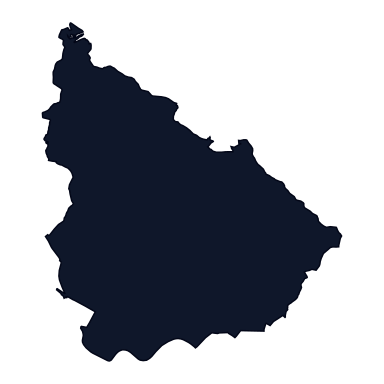 Catcau, Salaj, Romania
{"feature_id": "2599482B34343100803691", "entity_name": "Catcau", "entity_type": "district", "adm_level": 2, "iso_a3": "ROU", "parent_name": "Romania", "parent_adm1": "Salaj", "projection": "equal_earth", "projection_center": [23.786, 47.241], "detail": "fine", "context": "isolated", "style": "filled", "palette": "ink", "viewbox_px": 384, "rotation_deg": 0, "n_neighbors": 0, "source": "geoboundaries", "source_scale": "gbopen_adm2", "svg_char_len": 5719}
<svg xmlns="http://www.w3.org/2000/svg" viewBox="0 0 384 384"><path d="M195.4,347.9L197.0,346.7L205.5,337.7L211.8,332.8L217.5,333.5L219.4,332.9L227.0,332.6L227.6,332.3L228.6,333.4L232.1,335.5L234.9,337.6L236.2,336.3L240.6,330.6L264.0,331.1L264.0,329.4L264.3,328.4L265.6,324.2L266.1,323.3L270.1,325.5L273.5,321.5L282.9,315.4L285.0,317.4L285.3,317.1L285.3,315.2L286.1,311.4L287.5,309.9L287.7,309.4L287.4,308.5L287.7,307.3L287.6,305.5L289.5,303.8L290.9,303.0L292.3,301.8L295.0,299.9L296.6,298.4L297.5,297.0L297.9,295.3L298.7,294.3L299.5,291.8L300.6,289.8L301.5,287.5L300.9,285.0L301.2,283.6L303.2,281.2L304.6,278.6L306.8,277.8L307.2,277.4L307.0,276.5L304.3,272.0L306.1,271.1L309.4,270.4L311.9,269.3L316.1,270.2L319.3,265.9L319.9,264.0L320.2,261.6L321.2,258.4L323.4,253.5L330.5,247.4L332.8,246.9L336.4,247.0L338.7,246.8L338.7,245.6L340.3,238.4L341.6,236.0L340.4,234.0L339.0,232.8L338.3,231.7L337.4,230.0L336.8,228.3L336.2,227.3L330.3,226.7L326.6,227.3L325.8,227.1L323.6,226.0L321.1,224.1L318.6,221.5L318.3,220.8L318.0,218.3L317.3,217.1L317.2,216.4L316.7,215.6L312.5,213.5L310.2,211.2L304.9,208.0L304.2,207.1L303.8,205.7L303.8,203.5L303.2,202.7L300.8,201.1L297.3,200.3L295.9,199.7L294.3,196.7L289.6,193.3L287.9,190.7L285.5,188.5L284.6,187.1L284.5,185.7L283.6,183.9L281.8,182.0L279.9,181.6L275.2,179.7L274.2,178.7L271.8,177.5L269.3,175.6L266.1,174.2L265.6,173.0L264.6,171.8L263.4,169.2L259.3,165.4L258.4,164.9L257.3,163.6L255.7,161.1L254.5,158.2L253.3,156.6L252.3,154.6L252.2,153.3L252.7,150.8L252.6,148.6L251.1,146.0L248.7,143.2L246.8,140.1L245.9,139.8L243.7,139.8L240.3,140.6L238.6,140.4L238.9,143.6L241.4,143.5L234.3,147.3L231.1,146.6L231.4,147.3L231.6,148.5L232.8,150.1L233.1,151.2L233.0,151.7L225.8,151.8L221.7,152.2L216.2,152.2L213.0,151.2L212.1,150.5L211.2,149.5L210.1,149.2L207.8,146.8L208.5,146.2L211.0,143.0L213.3,141.5L213.2,141.2L212.7,140.9L210.6,140.2L210.1,139.7L209.9,139.0L210.2,137.7L209.9,136.9L208.7,138.3L208.0,138.4L207.0,139.9L203.5,139.2L201.6,138.6L199.2,137.5L196.6,135.3L193.2,133.9L189.8,130.4L186.5,127.8L182.8,125.6L180.8,124.8L179.2,123.6L177.9,121.9L175.8,121.7L174.9,121.3L173.6,119.8L173.3,119.1L173.4,116.2L174.3,113.8L174.6,112.3L176.2,110.4L176.7,109.0L177.7,108.1L177.9,107.4L177.4,105.7L176.3,105.3L176.2,104.7L176.7,103.8L176.6,103.4L173.8,102.5L168.5,98.8L165.6,97.6L161.4,96.8L152.5,96.0L151.4,95.3L148.1,91.6L141.7,90.1L140.3,89.1L140.2,88.5L139.3,87.1L138.2,84.3L135.3,81.3L134.2,79.3L131.6,77.6L128.3,77.1L124.8,75.9L122.2,73.9L117.7,71.3L114.3,68.2L112.7,67.5L110.7,66.3L110.0,66.1L108.2,66.4L105.8,67.4L104.6,67.4L103.6,67.9L102.9,68.6L102.2,68.7L99.4,68.1L96.9,67.1L94.2,66.6L93.3,66.1L90.3,61.7L89.7,60.5L89.6,59.4L90.1,58.4L90.1,57.5L88.8,55.4L87.9,54.6L87.7,53.9L87.8,53.0L90.7,49.5L91.0,48.7L91.1,45.5L91.0,44.5L90.7,43.5L90.2,43.5L89.2,43.9L88.9,42.3L87.4,40.3L86.8,39.8L86.3,40.1L85.9,40.0L85.4,38.9L84.6,38.4L84.0,38.4L81.7,39.2L75.1,42.4L74.5,42.5L74.1,42.1L74.5,41.5L75.4,41.0L75.5,40.0L75.9,39.5L77.0,39.1L77.9,38.5L79.2,37.1L81.7,36.1L83.4,34.4L83.3,34.0L82.2,34.2L79.0,35.7L75.7,37.7L74.2,38.0L72.3,37.9L70.5,38.8L69.4,38.6L67.8,36.6L67.7,35.8L68.5,36.8L69.2,37.2L70.9,36.9L71.1,36.5L70.7,35.6L70.6,34.9L71.0,34.5L71.4,34.4L73.7,35.0L72.9,35.7L72.9,36.2L74.0,36.9L74.9,37.0L75.3,36.5L75.0,35.7L76.3,34.9L77.5,33.7L78.7,33.6L83.1,31.9L82.4,30.8L81.7,30.2L78.6,28.4L71.2,23.2L70.4,23.0L69.8,24.2L69.8,25.1L70.4,27.4L71.5,29.6L69.4,30.4L68.2,28.2L67.5,27.8L63.8,29.4L61.7,29.9L59.5,34.6L59.0,36.5L59.0,37.4L60.9,38.6L62.0,39.0L63.1,39.9L63.5,40.5L63.5,41.0L63.2,42.0L63.0,44.3L63.3,45.0L64.1,45.7L64.3,46.5L64.9,47.3L63.9,49.6L63.0,53.2L62.4,58.8L61.1,60.1L57.2,62.1L55.8,64.0L55.3,65.3L54.5,69.2L53.2,72.0L53.2,74.3L53.4,77.1L53.2,82.2L53.3,82.9L53.9,83.7L61.4,88.6L62.0,89.7L62.0,90.5L61.6,91.3L60.7,94.1L60.6,98.7L60.2,100.9L59.8,102.0L59.2,102.5L58.0,102.7L56.2,103.6L54.5,103.8L53.7,104.1L50.7,107.1L49.7,108.8L47.9,110.5L44.4,112.1L43.1,112.4L42.4,113.1L42.7,117.2L43.1,117.7L49.9,119.4L50.4,120.1L49.6,122.8L49.6,124.6L48.7,127.7L48.6,129.8L48.0,131.4L47.7,133.9L47.2,134.4L45.9,135.0L45.3,136.7L44.4,138.0L44.0,139.0L44.1,139.5L45.2,140.8L47.9,141.8L48.2,142.1L48.1,142.6L47.7,142.8L46.8,142.6L46.5,141.8L46.1,141.9L45.9,142.3L46.3,143.3L47.9,144.1L48.0,145.2L47.9,146.7L47.2,147.7L47.0,148.5L45.9,150.3L45.8,150.8L46.2,153.1L47.3,155.7L47.4,156.6L48.5,158.2L48.8,159.5L48.6,160.4L52.0,161.1L56.1,161.6L55.9,162.0L56.5,162.9L57.8,163.8L60.2,164.8L61.7,165.0L65.2,166.9L67.8,168.0L69.7,169.8L71.0,171.4L72.1,173.5L73.0,176.6L73.3,177.0L69.5,184.7L68.8,188.8L69.6,190.4L70.1,193.9L71.7,200.7L73.5,203.8L72.0,205.5L70.9,206.1L68.7,208.3L67.7,211.2L66.9,212.3L66.3,213.7L65.9,215.3L65.0,217.1L64.3,217.9L64.0,220.3L63.5,221.2L58.5,224.5L54.4,229.0L49.6,235.1L48.7,235.5L47.7,234.7L45.5,236.5L48.4,241.0L51.4,247.2L52.3,248.6L59.1,257.6L59.8,259.1L59.9,260.3L59.7,260.7L60.9,261.6L61.1,262.2L61.1,263.5L59.3,270.4L58.9,276.1L59.5,280.0L62.3,287.5L64.9,293.4L64.7,293.5L62.6,292.3L57.2,288.7L56.9,288.8L56.6,289.8L60.9,293.4L61.5,294.8L62.5,295.3L63.5,296.5L64.1,298.2L65.3,297.4L65.5,297.6L66.2,297.0L66.8,297.6L67.6,296.6L73.2,299.8L74.5,300.3L85.3,306.1L95.3,311.8L89.4,322.9L86.7,327.4L81.4,326.4L81.0,326.7L80.7,328.2L82.6,331.5L83.2,334.2L83.3,335.7L82.4,340.2L82.5,342.1L83.6,344.6L86.1,347.8L90.8,351.9L92.9,353.2L107.6,360.6L109.2,361.0L110.6,360.5L111.4,359.9L115.6,354.3L117.6,352.2L119.5,350.9L122.0,349.9L123.3,349.8L125.6,350.0L127.9,350.7L129.2,351.5L130.6,352.4L138.2,359.0L140.1,360.1L143.2,360.6L146.6,360.2L149.7,358.3L151.8,356.4L155.9,351.5L161.8,345.5L168.1,341.6L173.6,339.2L175.8,338.7L178.1,338.5L180.9,338.9L183.1,339.6L185.1,340.6L188.7,342.5L190.9,344.0L194.5,346.9L195.4,347.9Z" fill="#0f172a" stroke="#020617" stroke-width="1.5"/></svg>